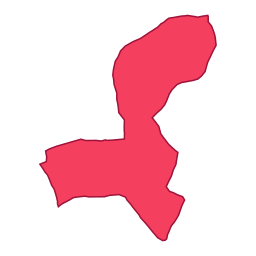 Iguegben, Edo, Nigeria
{"feature_id": "59680162B67610911656226", "entity_name": "Iguegben", "entity_type": "district", "adm_level": 2, "iso_a3": "NGA", "parent_name": "Nigeria", "parent_adm1": "Edo", "projection": "albers", "projection_center": [6.246, 6.513], "detail": "fine", "context": "isolated", "style": "filled", "palette": "rose", "viewbox_px": 256, "rotation_deg": 0, "n_neighbors": 0, "source": "geoboundaries", "source_scale": "gbopen_adm2", "svg_char_len": 1951}
<svg xmlns="http://www.w3.org/2000/svg" viewBox="0 0 256 256"><path d="M207.8,15.4L206.5,15.6L202.4,16.2L197.6,17.2L195.1,16.6L187.2,15.4L185.6,15.8L181.3,16.1L173.5,17.5L169.5,18.1L168.9,18.2L166.9,19.6L165.1,21.1L163.7,22.3L161.1,23.7L157.8,27.1L154.2,29.4L152.6,30.5L149.3,32.5L145.4,35.2L140.2,38.6L133.6,41.4L131.0,42.8L125.1,46.2L120.6,50.9L118.0,57.0L115.4,61.0L114.1,66.4L113.4,69.8L112.8,75.1L113.2,77.3L113.5,78.5L113.8,81.2L114.1,84.5L116.8,93.2L116.8,99.3L117.5,102.6L118.1,106.0L118.8,112.7L121.9,116.7L124.4,119.9L124.2,127.5L124.3,131.9L124.6,133.2L124.4,134.7L124.4,135.2L124.4,135.4L124.4,139.0L112.6,140.1L108.5,140.3L107.3,140.4L105.3,139.9L101.2,141.0L96.0,140.4L90.1,140.5L85.5,140.5L80.9,139.2L56.7,146.2L49.5,148.9L45.6,151.0L46.7,157.0L46.3,161.6L39.9,164.2L43.4,169.3L45.0,172.0L47.6,175.1L49.6,179.8L51.6,185.1L54.2,189.2L56.2,195.8L57.5,201.2L57.5,203.9L58.4,206.7L59.2,206.0L62.1,203.8L66.0,201.8L70.0,199.7L73.2,197.7L77.2,197.0L85.0,196.2L88.9,196.9L94.2,196.8L99.4,196.8L104.7,196.7L109.9,195.3L119.1,194.6L124.6,196.8L125.6,197.2L126.9,199.9L130.9,204.5L132.8,207.2L135.5,210.5L138.8,214.5L140.7,217.9L143.4,220.8L146.7,224.5L153.2,232.5L157.8,237.8L162.7,240.6L165.4,240.1L166.7,238.8L167.6,234.4L168.9,231.7L170.2,228.3L171.5,225.6L174.2,222.3L176.8,218.2L178.7,214.8L182.0,205.4L184.6,200.0L182.6,196.7L177.3,194.7L173.4,192.7L169.5,191.4L166.2,186.7L167.5,184.1L167.4,184.0L169.4,180.0L170.9,177.0L171.4,176.0L173.3,169.9L175.9,164.5L176.6,159.8L177.9,152.4L175.2,150.4L168.7,144.4L164.1,138.4L163.6,137.8L160.8,133.8L158.8,126.4L153.2,119.0L152.2,117.7L156.8,113.0L161.1,109.2L164.6,104.9L166.6,100.8L169.2,94.1L171.8,90.0L175.0,86.6L177.0,84.6L181.6,82.5L183.6,82.2L193.3,80.4L197.9,79.0L201.2,76.3L205.1,71.6L206.5,66.3L207.7,62.2L210.3,56.8L213.5,50.0L216.1,45.3L215.4,38.6L214.8,35.2L213.5,31.2L211.5,25.9L208.2,21.9L208.2,17.8L208.2,16.5L207.8,15.4Z" fill="#f43f5e" stroke="#9f1239" stroke-width="1.5"/></svg>